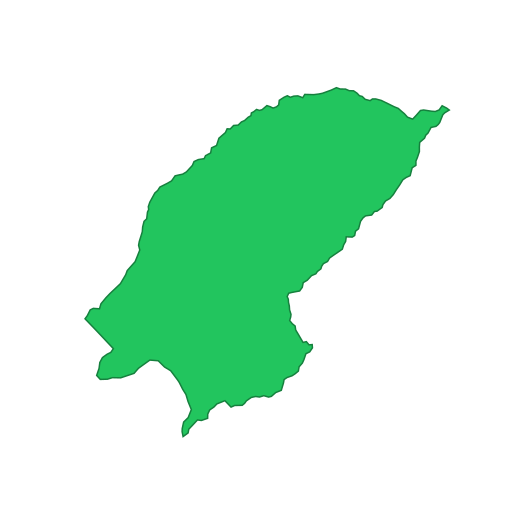 Águas Belas, Pernambuco, Brazil, rotated 15°
{"feature_id": "56859067B72970478778439", "entity_name": "Águas Belas", "entity_type": "district", "adm_level": 2, "iso_a3": "BRA", "parent_name": "Brazil", "parent_adm1": "Pernambuco", "projection": "mercator", "projection_center": [-37.018, -9.099], "detail": "fine", "context": "isolated", "style": "filled", "palette": "green", "viewbox_px": 512, "rotation_deg": 15, "n_neighbors": 0, "source": "geoboundaries", "source_scale": "gbopen_adm2", "svg_char_len": 2988}
<svg xmlns="http://www.w3.org/2000/svg" viewBox="0 0 512 512"><g transform="rotate(15 256 256)"><path d="M404.9,65.0L401.9,63.8L396.9,62.7L395.1,67.5L391.8,70.0L388.1,70.7L380.1,71.6L377.2,72.9L374.4,78.6L371.9,83.2L366.4,82.7L362.6,80.2L359.4,78.7L355.2,76.6L351.0,76.1L336.7,73.3L331.0,73.3L327.8,74.2L326.0,76.4L320.9,76.4L317.3,74.4L314.4,74.4L311.5,72.6L307.5,71.2L303.2,72.2L299.3,71.6L294.1,72.9L290.1,72.6L285.7,76.3L278.1,81.6L274.9,83.2L270.0,85.2L261.3,87.3L260.2,91.0L255.0,90.5L251.1,91.8L248.1,93.8L244.8,93.1L242.0,95.4L238.2,99.6L238.8,104.2L237.2,106.6L234.2,108.7L231.0,108.1L227.6,107.9L224.0,113.1L221.6,114.5L218.6,114.3L216.5,117.2L214.5,119.0L214.8,121.8L212.6,123.9L209.9,128.1L207.2,130.3L204.9,134.2L200.6,135.7L198.2,140.0L195.2,140.6L194.5,144.7L189.7,151.8L189.3,159.5L185.1,163.0L185.5,168.2L181.3,172.1L180.7,175.4L175.3,177.8L171.7,180.8L171.1,185.0L167.0,192.8L164.0,195.9L159.9,198.0L157.1,199.5L155.0,205.3L151.7,208.6L145.3,214.3L144.1,218.1L142.0,221.3L139.5,231.5L139.2,236.2L140.3,238.9L139.8,241.7L140.8,248.4L138.9,251.5L139.0,257.3L139.9,262.1L139.5,272.2L139.8,276.0L142.2,280.3L141.3,288.1L140.7,292.8L135.4,303.4L135.0,307.8L132.2,317.8L124.7,330.0L121.9,335.1L118.6,342.3L118.5,347.5L112.4,348.7L109.8,351.0L108.5,357.3L107.1,360.9L122.0,369.9L142.2,382.4L140.7,386.7L137.6,389.4L134.0,393.8L132.7,399.3L133.5,405.2L133.0,412.6L137.5,415.5L144.5,413.4L148.7,410.7L156.8,408.7L168.6,400.9L171.5,394.9L174.9,390.7L180.4,384.0L188.7,382.5L196.4,386.9L203.3,388.9L212.6,396.2L214.6,398.0L219.6,403.6L224.2,407.9L228.0,414.1L233.3,421.1L232.3,429.7L229.1,435.1L229.4,441.8L230.1,444.8L232.3,449.3L236.2,444.5L235.9,440.7L241.9,429.5L245.8,429.0L251.3,425.3L250.3,421.2L251.1,416.7L254.5,412.7L256.5,409.0L263.4,403.8L271.0,408.4L274.1,405.9L281.3,403.8L283.1,401.3L284.2,398.4L288.1,393.8L292.0,391.8L295.9,391.3L299.7,388.9L304.7,389.0L307.2,387.6L310.4,382.8L315.2,379.2L315.4,371.5L315.1,368.1L317.5,365.3L321.8,362.4L324.3,359.6L326.7,356.2L326.3,351.9L328.5,347.4L329.1,343.7L329.5,337.5L332.7,334.7L334.3,330.1L333.2,327.0L330.2,328.1L326.8,325.7L323.8,327.3L316.5,320.1L313.5,317.2L311.9,313.5L308.5,312.0L305.2,309.6L305.3,306.0L304.9,303.3L302.4,299.4L301.1,295.6L299.4,292.4L298.4,289.4L296.6,287.1L297.2,283.5L299.9,282.0L303.2,280.4L307.2,278.5L308.8,274.3L308.5,269.5L311.8,266.1L314.7,260.6L318.4,257.7L319.3,255.1L322.0,251.6L322.1,248.8L323.1,245.9L326.5,242.8L327.6,238.9L330.4,235.5L337.6,227.1L337.8,222.5L338.8,218.7L338.2,214.1L344.1,212.8L346.0,210.7L345.7,206.3L348.0,203.2L348.0,195.5L349.5,191.5L351.4,188.9L357.1,186.5L358.9,182.3L361.3,181.4L365.3,176.5L365.3,173.5L366.9,169.3L370.4,165.8L372.7,161.2L374.5,155.3L376.3,150.4L378.1,144.4L380.8,141.2L384.1,138.5L384.0,130.4L387.0,127.0L385.9,122.9L386.4,119.2L386.8,112.8L385.6,108.5L384.7,103.9L388.3,98.6L388.7,95.4L390.3,92.8L391.8,86.5L396.3,84.2L397.9,81.9L398.9,79.5L399.9,71.2L401.2,68.9L404.9,65.0Z" fill="#22c55e" stroke="#15803d" stroke-width="1.5"/></g></svg>